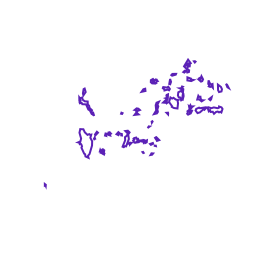 the district of Notioy Aigaioy, Notio Aigaio, Greece, rotated 132°
{"feature_id": "26713481B52894455575268", "entity_name": "Notioy Aigaioy", "entity_type": "district", "adm_level": 2, "iso_a3": "GRC", "parent_name": "Greece", "parent_adm1": "Notio Aigaio", "projection": "natural_earth1", "projection_center": [26.069, 36.671], "detail": "fine", "context": "isolated", "style": "outline", "palette": "violet", "viewbox_px": 256, "rotation_deg": 132, "n_neighbors": 0, "source": "geoboundaries", "source_scale": "gbopen_adm2", "svg_char_len": 5846}
<svg xmlns="http://www.w3.org/2000/svg" viewBox="0 0 256 256"><g transform="rotate(132 128 128)"><path d="M177.6,140.6L176.6,137.4L175.5,139.1L173.0,139.2L165.1,143.0L161.8,145.8L160.5,149.4L157.5,150.9L158.5,151.7L158.5,152.7L160.2,153.5L160.1,157.2L158.8,160.3L160.7,162.6L160.0,163.2L164.0,160.9L167.2,155.8L169.8,154.4L172.0,155.4L171.5,154.5L172.2,153.2L171.3,153.0L171.5,151.6L172.4,149.9L173.8,149.4L176.4,143.4L176.2,142.3L177.6,140.6ZM82.4,107.2L80.4,104.3L76.1,107.4L74.5,109.5L73.6,109.3L74.9,111.6L75.1,114.4L76.6,114.9L76.9,116.9L81.2,114.9L82.3,110.0L83.0,109.6L82.4,107.2ZM55.7,72.3L55.5,70.8L54.2,70.3L54.0,69.0L50.6,70.5L50.1,72.3L51.1,74.7L52.0,74.0L53.2,74.5L55.3,78.0L57.5,79.3L58.9,82.3L60.2,83.0L59.9,82.1L61.5,79.2L59.8,79.1L60.8,77.3L59.2,75.9L59.9,73.6L57.1,73.3L55.7,72.3ZM141.4,165.6L138.9,166.6L138.8,170.0L137.5,171.8L137.4,173.6L135.3,175.7L137.1,178.0L137.3,180.7L136.0,182.4L138.1,183.7L137.9,184.6L139.2,183.4L138.5,183.4L139.3,181.7L141.3,181.2L141.8,180.3L140.3,179.4L140.9,177.9L138.5,175.0L140.8,169.9L140.5,168.0L141.4,165.6ZM143.5,118.1L142.9,117.1L135.6,120.0L132.7,123.5L130.2,123.9L130.1,126.3L132.0,127.9L132.2,124.4L134.5,123.7L136.8,124.1L139.0,121.9L145.5,119.5L145.1,118.3L143.5,118.1ZM63.4,83.4L60.8,83.3L60.5,84.0L65.1,87.7L65.3,88.8L68.2,90.1L69.8,89.5L70.4,86.3L68.2,85.0L63.5,84.5L63.4,83.4ZM69.6,106.7L67.1,108.0L66.1,109.1L66.9,109.4L65.2,110.5L64.9,112.6L65.6,113.7L67.8,114.5L70.4,112.7L71.3,110.7L70.5,109.8L71.9,107.0L70.8,106.6L70.8,107.8L69.3,108.0L69.6,106.7ZM42.3,124.8L40.9,123.4L40.2,123.9L40.9,125.6L42.4,126.4L41.5,127.2L39.7,126.5L39.7,125.1L37.9,124.7L37.0,129.1L44.7,127.6L44.9,124.1L43.8,123.7L42.3,124.8ZM40.4,84.4L38.3,83.0L36.3,84.1L35.3,86.4L35.6,90.2L39.6,86.4L40.4,84.4ZM97.8,116.3L96.0,116.6L95.5,117.3L96.2,117.8L91.6,120.0L91.4,120.6L92.3,120.9L91.9,121.5L87.8,122.6L90.1,123.7L92.5,122.7L96.1,118.8L100.3,118.0L97.8,116.3ZM131.3,110.5L128.6,110.1L131.7,112.7L130.7,112.5L129.6,115.5L131.4,116.7L132.3,116.7L132.4,115.5L134.8,115.8L133.9,115.2L134.6,113.6L134.2,112.8L132.5,112.4L131.9,111.6L132.6,111.6L131.3,110.5ZM72.5,122.7L71.0,123.0L70.4,125.7L71.8,126.0L74.0,129.2L75.1,128.8L75.0,126.8L75.7,126.0L73.0,124.3L72.5,122.7ZM41.1,93.9L41.3,91.9L38.8,94.6L39.8,95.0L40.0,97.1L38.7,100.0L41.5,97.9L42.0,95.9L43.0,95.8L42.5,94.4L41.1,93.9ZM110.8,129.2L110.8,130.5L111.8,130.2L111.0,130.7L111.4,131.8L109.3,132.5L106.7,131.2L106.7,133.2L107.6,134.7L110.1,135.1L109.3,133.8L109.9,133.6L110.2,132.2L113.9,131.9L110.8,129.2ZM74.3,91.4L72.5,91.9L73.2,93.2L72.2,94.1L72.3,95.5L73.0,94.6L75.7,95.0L75.9,94.1L77.8,93.6L77.9,92.3L75.5,91.3L74.8,92.8L74.3,91.4ZM59.1,94.2L59.0,91.1L57.1,90.6L57.9,91.6L57.7,93.5L56.3,95.1L57.3,96.0L57.0,97.3L60.5,95.6L59.1,94.2ZM48.5,111.5L49.9,113.7L49.2,114.3L50.6,117.7L52.9,115.7L50.8,112.4L48.5,111.5ZM43.5,104.2L41.6,104.8L40.4,108.0L42.1,107.2L42.0,107.9L43.6,108.4L44.1,106.9L44.7,107.6L44.7,104.8L43.5,104.2ZM76.6,137.3L74.5,136.8L76.1,137.4L76.8,140.4L76.1,141.7L74.1,142.0L77.1,143.0L78.7,141.7L78.7,139.9L76.6,137.3ZM133.6,183.0L129.6,183.5L127.7,186.6L128.8,187.0L132.4,184.7L133.6,183.0ZM146.9,139.5L145.5,136.3L144.9,137.4L143.6,136.9L143.4,138.8L144.4,139.5L145.6,138.6L147.1,141.0L149.0,140.0L148.6,139.2L148.3,139.9L146.9,139.5ZM162.1,130.1L162.9,129.2L160.5,130.7L160.5,131.7L162.0,131.6L161.4,132.7L163.3,132.9L162.9,133.9L164.3,133.2L163.8,132.6L164.3,132.1L163.7,132.0L164.4,131.5L164.1,129.7L162.1,130.1ZM126.1,104.5L124.5,105.7L126.7,106.6L126.0,107.5L126.5,108.4L127.8,107.6L126.8,108.4L127.2,108.9L128.8,108.7L127.8,106.9L128.3,106.4L127.0,106.2L127.6,105.1L126.1,104.5ZM67.7,126.8L67.3,125.9L64.9,126.9L63.4,129.5L67.7,126.8ZM139.7,130.3L137.5,130.8L137.5,132.4L140.3,132.4L139.7,130.3ZM92.0,142.1L88.8,139.8L87.3,141.5L88.9,142.5L92.0,142.1ZM45.6,120.2L44.2,121.2L44.8,123.4L46.0,123.3L47.1,121.1L45.6,120.2ZM63.9,116.1L63.5,114.6L64.5,111.2L62.1,112.9L62.1,114.3L63.9,116.1ZM119.0,98.3L116.1,96.7L115.9,100.4L116.9,100.4L116.5,101.1L117.2,101.3L117.6,99.9L116.5,98.9L117.3,97.9L119.0,98.3ZM59.6,130.2L56.4,128.2L55.6,128.5L58.1,131.2L59.7,131.2L59.6,130.2ZM155.2,147.3L151.6,147.2L151.6,148.6L154.9,148.2L155.2,147.3ZM141.6,164.7L141.6,162.2L141.2,162.0L139.9,164.2L140.6,165.0L141.6,164.7ZM78.4,121.0L78.3,119.1L76.2,120.8L77.5,121.4L78.4,121.0ZM29.6,84.7L31.2,81.4L30.9,79.8L29.6,83.2L29.6,84.7ZM49.1,123.2L47.2,123.0L47.6,124.2L49.4,124.3L49.1,123.2ZM52.3,85.4L51.1,85.4L49.0,86.5L52.3,87.1L52.3,85.4ZM125.2,99.7L122.9,98.8L122.5,99.5L125.1,100.9L125.2,99.7ZM85.6,118.9L84.5,117.4L83.0,118.7L85.6,118.9ZM139.0,115.5L136.7,115.4L137.6,116.8L139.1,116.9L138.3,116.2L139.0,115.5ZM133.0,93.2L131.7,92.2L130.1,92.3L131.1,93.6L133.0,93.2ZM69.6,94.4L68.5,94.2L69.8,95.7L69.3,96.9L70.5,96.6L69.6,94.4ZM90.9,109.5L91.1,107.3L89.8,108.3L89.2,107.9L90.9,109.5ZM225.3,152.3L226.4,151.3L225.8,151.1L226.1,150.4L225.2,151.1L225.3,152.3ZM74.0,138.2L73.3,137.5L72.9,139.1L73.8,139.5L74.0,138.2ZM114.9,113.4L112.4,112.9L112.8,113.4L112.1,113.7L114.9,113.4ZM122.0,142.7L121.5,141.8L120.6,142.0L121.0,143.1L122.0,142.7ZM34.3,123.6L34.6,122.2L33.5,122.2L33.6,123.0L34.3,123.6ZM80.6,119.9L80.0,118.2L79.2,119.1L80.6,119.9ZM62.4,115.1L60.7,114.9L61.0,115.6L62.4,115.1ZM158.9,145.7L158.0,145.2L157.5,146.2L158.3,145.8L158.1,146.9L158.9,145.7ZM123.8,97.0L122.8,95.1L122.5,95.5L123.8,97.0ZM82.8,116.5L83.5,116.2L83.7,115.8L82.7,115.6L82.8,116.5ZM108.1,113.8L106.8,114.0L106.7,114.5L107.4,114.7L108.1,113.8ZM130.1,113.1L128.7,112.8L129.9,113.8L130.1,113.1ZM163.7,128.1L162.7,128.5L162.7,129.0L163.7,129.0L163.7,128.1ZM138.0,128.1L137.6,127.5L136.6,128.6L136.9,129.1L138.0,128.1ZM136.2,101.1L136.4,99.9L136.0,99.7L135.7,100.8L136.2,101.1ZM81.7,117.8L82.7,116.7L81.1,117.8L81.7,117.8ZM76.0,139.6L75.1,140.1L75.8,140.2L76.0,139.6ZM71.0,96.8L71.4,96.1L71.0,95.1L70.9,95.4L71.0,96.8Z" fill="none" stroke="#5b21b6" stroke-width="2"/></g></svg>